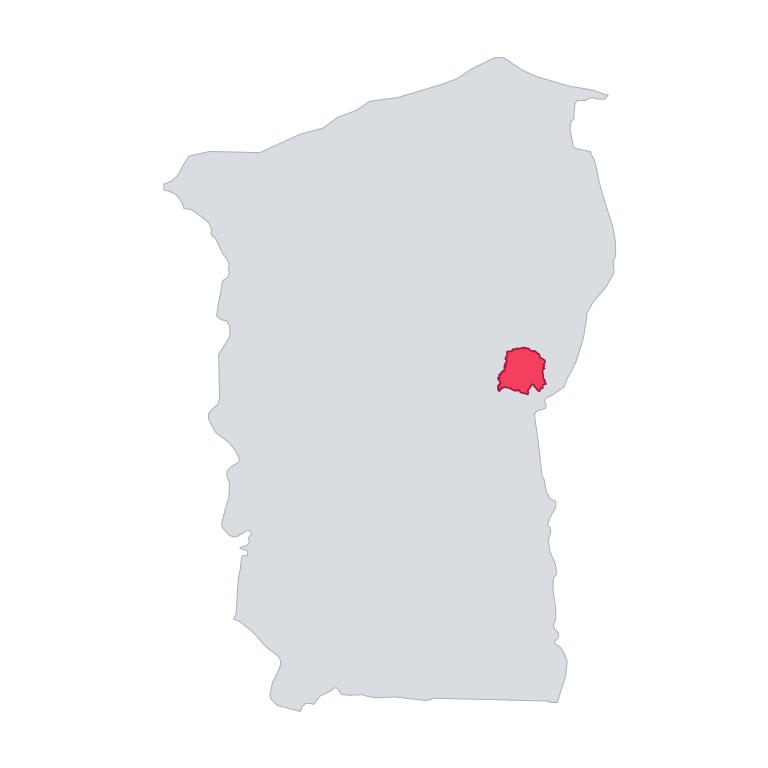 Tain, Brong Ahafo, Ghana shown in context, rotated 182°
{"feature_id": "2480657B14065489870616", "entity_name": "Tain", "entity_type": "district", "adm_level": 2, "iso_a3": "GHA", "parent_name": "Ghana", "parent_adm1": "Brong Ahafo", "projection": "orthographic", "projection_center": [-2.339, 7.791], "detail": "fine", "context": "in_parent", "style": "filled", "palette": "rose", "viewbox_px": 768, "rotation_deg": 182, "n_neighbors": 0, "source": "geoboundaries", "source_scale": "gbopen_adm2", "svg_char_len": 8179}
<svg xmlns="http://www.w3.org/2000/svg" viewBox="0 0 768 768"><g transform="rotate(182 384 384)"><path d="M479.3,59.0L485.8,65.1L487.3,68.7L485.0,82.0L480.4,91.4L477.4,100.2L477.9,104.5L480.8,108.9L490.7,115.7L495.8,120.1L501.8,126.9L508.7,133.4L520.5,142.0L525.5,143.5L525.3,145.9L523.7,149.2L522.9,181.3L522.0,189.6L521.2,193.8L520.2,205.8L519.0,207.5L516.8,207.4L514.7,207.8L514.2,210.2L515.1,212.7L522.2,214.4L520.7,216.2L515.4,217.9L513.0,221.5L514.1,225.6L511.2,228.9L512.0,231.2L513.9,232.8L516.9,232.2L525.2,226.6L528.6,225.9L532.9,227.1L541.0,235.4L541.3,239.6L538.2,253.7L535.1,264.7L534.7,279.2L538.1,287.4L537.6,291.8L534.0,295.8L525.9,301.4L526.5,305.3L530.3,312.4L537.3,320.3L550.9,330.1L558.1,342.9L558.4,348.1L554.2,353.4L549.4,357.9L547.8,364.5L550.3,407.6L539.7,426.3L539.7,431.7L540.8,437.8L543.6,441.6L549.1,442.6L553.6,446.2L552.2,459.3L549.9,472.7L549.5,479.1L548.2,482.2L544.0,484.8L542.5,489.0L543.6,494.2L542.8,498.1L545.1,503.0L550.0,509.2L558.0,524.6L561.0,525.8L562.4,529.0L561.6,532.2L564.7,539.0L573.4,545.7L582.7,551.6L590.1,552.4L591.9,557.7L596.8,564.5L600.4,567.4L606.0,569.3L610.7,570.3L611.0,576.0L602.6,580.0L597.0,586.0L592.7,595.0L586.8,605.0L566.3,610.3L558.4,610.4L516.2,610.9L476.7,630.6L453.9,637.7L439.9,648.7L421.1,656.6L407.9,666.1L380.6,670.7L335.7,685.8L321.6,691.7L307.4,702.0L284.3,714.2L275.3,714.0L257.2,702.7L243.5,697.0L210.3,688.3L185.4,684.9L173.4,681.2L170.1,680.6L172.9,676.5L179.9,676.2L187.1,677.5L192.6,674.4L200.8,674.0L202.9,670.7L203.5,662.5L203.4,655.9L206.3,653.0L207.0,645.2L203.1,627.9L200.2,626.0L185.8,623.5L184.7,620.1L182.1,616.4L179.3,607.5L176.2,594.3L171.1,577.8L161.4,550.8L159.0,541.2L157.4,531.4L157.0,519.8L159.1,515.5L158.8,509.4L157.9,503.5L164.8,489.7L178.2,472.8L181.1,466.7L183.5,462.5L183.9,456.5L186.3,436.8L192.8,413.0L196.8,404.1L199.5,399.2L202.8,391.3L203.7,387.6L216.0,378.3L221.7,375.8L223.0,372.1L221.0,368.1L221.9,365.4L224.8,364.0L229.4,362.9L232.7,359.1L227.5,329.8L223.3,300.5L223.1,298.1L220.6,294.0L218.1,282.0L214.0,274.9L208.2,272.8L208.2,266.2L214.1,255.0L215.6,248.4L212.8,246.4L212.4,241.3L214.4,233.0L213.4,227.9L212.4,222.5L206.3,209.7L204.8,200.6L208.0,195.3L207.9,183.7L204.6,165.9L204.1,154.6L206.3,149.9L205.3,145.4L200.9,141.2L200.6,137.0L204.3,133.0L203.9,129.9L199.2,127.6L195.0,122.1L191.3,113.4L192.1,99.4L199.1,73.8L200.0,71.6L207.9,71.8L207.9,72.9L232.5,72.6L260.5,72.4L294.1,72.0L324.5,71.7L325.9,70.5L330.9,69.1L361.7,71.6L380.9,70.2L389.1,71.1L395.0,72.8L408.3,71.7L415.4,72.3L420.8,78.7L423.0,78.6L425.9,75.9L431.2,72.8L436.6,70.3L440.4,65.3L442.8,61.4L446.3,62.2L451.3,61.9L454.7,58.7L455.9,53.8L479.3,59.0Z" fill="#d9dde1" stroke="#a8b0b8" stroke-width="1"/><path d="M269.0,381.1L268.6,381.0L268.4,381.3L268.3,381.1L268.1,381.3L267.8,381.7L267.9,382.0L267.7,382.7L267.4,383.0L267.4,383.3L267.0,383.2L266.9,383.0L266.6,383.5L266.5,383.8L266.5,384.0L266.4,384.1L266.4,384.3L266.0,384.2L265.9,384.4L265.4,384.2L264.9,384.2L264.6,384.5L264.8,384.5L264.5,384.7L264.2,385.0L263.9,385.1L263.7,384.9L263.4,385.1L263.2,385.4L262.7,385.2L262.3,385.0L261.8,384.8L261.6,384.8L261.4,385.0L261.1,384.9L260.9,384.9L260.3,384.5L259.7,384.3L259.2,384.4L258.7,384.3L258.2,384.1L257.4,383.9L257.0,383.7L256.6,383.1L256.1,383.0L255.8,383.0L255.5,382.8L255.3,382.8L255.2,382.7L254.9,382.7L254.6,382.5L254.2,382.2L253.7,381.9L253.5,382.2L253.2,382.1L252.7,382.0L252.5,382.3L252.2,381.9L251.4,381.7L251.2,381.8L250.7,381.9L250.6,382.2L250.3,382.2L250.2,382.6L249.7,382.8L249.8,382.8L249.7,383.0L249.4,382.7L248.7,382.6L248.6,382.4L248.4,381.9L248.2,382.0L248.1,381.8L248.1,381.6L248.1,381.4L248.0,381.1L248.0,380.9L247.8,380.8L247.6,380.7L247.4,380.6L246.4,380.0L245.9,379.9L245.5,380.0L245.0,379.9L244.1,379.6L243.9,379.4L243.4,379.5L243.0,379.7L242.7,379.6L242.6,379.4L242.2,379.3L241.0,378.9L240.7,378.9L240.6,378.6L240.1,378.7L239.9,378.6L239.9,379.0L239.8,379.7L239.3,380.8L239.7,381.5L240.2,382.2L239.9,383.1L238.9,383.8L238.7,384.2L238.5,384.9L236.7,387.4L236.2,388.6L235.8,389.0L235.3,389.0L234.8,388.9L234.4,388.6L234.3,388.4L234.4,388.0L234.3,387.9L234.2,387.6L233.6,386.6L233.2,386.5L232.9,386.5L232.8,386.4L232.7,386.0L232.7,385.9L232.4,385.8L232.4,385.7L232.0,385.3L231.8,384.9L231.4,384.8L231.3,384.5L231.0,384.3L230.9,383.9L230.6,383.7L230.4,383.3L229.6,382.9L229.5,382.6L229.5,382.4L228.8,382.2L228.1,382.4L227.8,382.8L227.6,383.4L227.5,383.8L227.6,384.1L227.3,384.9L225.2,385.2L225.1,386.5L225.7,387.5L225.1,388.7L224.5,388.9L224.3,388.9L223.5,389.2L223.1,389.2L222.2,389.6L222.2,389.8L222.3,390.5L222.5,390.7L223.2,391.1L223.4,391.5L223.5,392.0L223.4,392.2L223.8,392.4L223.7,392.6L223.4,392.8L223.8,393.1L223.7,393.3L223.6,393.8L224.4,394.2L224.8,395.2L225.1,397.1L225.0,398.0L225.2,398.6L225.3,399.1L225.6,399.5L225.5,400.2L226.0,401.7L225.9,402.1L226.0,402.4L225.9,403.0L225.8,403.3L225.8,404.0L225.2,404.2L224.6,404.9L224.3,405.0L225.2,405.8L225.5,406.2L225.3,406.4L225.0,406.7L224.8,406.9L224.6,407.0L224.3,407.9L224.4,408.1L225.2,408.5L225.3,409.1L225.2,409.3L224.2,410.2L224.0,411.0L223.9,411.2L223.9,412.4L224.2,413.5L225.6,414.0L226.3,414.8L227.2,415.3L228.3,415.4L228.9,415.7L229.1,416.0L229.0,416.3L229.0,416.9L229.2,417.4L229.6,418.0L229.7,418.3L230.0,418.7L230.1,419.0L230.1,419.5L230.8,419.7L230.9,419.3L231.1,419.3L231.3,419.5L231.7,419.6L232.2,420.5L232.3,420.9L232.8,420.9L232.9,421.2L233.4,421.3L233.8,421.8L234.6,422.5L235.0,422.6L235.4,422.4L235.9,422.2L236.0,421.9L236.3,421.8L236.6,421.8L237.0,421.7L237.1,422.0L237.4,422.0L237.6,422.4L238.0,422.5L238.6,422.5L238.9,422.7L239.1,423.1L239.5,423.5L240.2,423.8L240.2,424.1L240.6,424.5L241.2,424.6L241.4,424.8L241.8,424.9L242.1,424.6L242.6,424.6L242.8,424.4L243.0,424.5L243.3,424.5L243.7,424.7L244.3,424.5L244.4,424.9L244.9,425.6L245.1,425.6L244.9,425.5L245.1,425.3L245.1,425.0L245.4,425.0L245.8,425.2L246.1,425.1L246.7,425.2L247.0,424.9L247.4,424.8L247.5,424.5L248.2,424.5L248.5,424.7L248.8,424.6L248.9,424.4L249.1,424.4L249.4,424.3L249.8,424.2L249.9,423.9L250.0,423.9L250.6,424.3L251.3,424.2L251.6,423.9L251.7,424.0L251.9,424.1L252.0,424.2L252.8,424.2L253.3,424.0L253.5,424.0L253.7,423.5L254.1,423.3L254.3,423.4L254.6,423.2L254.9,422.9L255.7,423.4L256.5,423.3L256.6,423.0L256.5,422.5L256.7,422.4L256.9,422.4L257.1,421.7L257.0,421.4L257.4,421.2L257.6,421.4L257.8,421.2L257.9,421.3L258.1,421.0L258.7,421.1L258.8,420.9L259.1,420.9L260.1,420.9L260.6,421.1L261.9,420.9L262.2,420.5L262.4,419.8L262.0,419.2L262.1,418.8L262.1,418.4L261.6,418.0L261.5,417.7L261.9,417.4L262.2,416.8L262.7,416.3L262.7,416.0L262.3,415.1L262.3,414.8L262.6,414.6L263.4,414.4L263.6,414.3L263.7,413.3L263.1,412.6L262.4,412.5L262.3,412.4L262.2,411.1L262.0,410.6L261.9,410.4L262.0,410.3L261.9,410.1L262.1,410.0L262.5,410.2L262.8,409.9L262.8,409.6L263.0,409.3L263.3,409.2L263.6,408.8L263.5,408.5L263.7,407.8L263.4,407.6L263.5,407.3L263.9,407.5L264.3,406.9L264.1,406.8L264.2,406.5L264.1,406.3L263.4,406.4L263.2,406.2L262.9,405.9L262.7,405.9L262.9,405.6L263.0,405.6L263.6,405.2L263.8,405.3L264.2,405.4L264.2,405.5L264.4,405.2L264.5,404.8L264.4,404.2L264.2,403.9L264.1,403.5L264.2,403.1L264.3,402.9L264.2,402.6L264.5,402.2L264.3,401.9L264.2,401.9L264.3,401.8L264.3,401.5L264.5,401.5L264.6,401.3L264.8,401.2L265.1,400.9L265.4,401.0L265.4,400.9L265.8,400.9L266.0,400.6L266.2,400.4L266.4,400.4L266.6,400.3L266.6,400.1L266.8,400.1L266.9,399.9L267.3,399.6L267.3,399.2L267.2,399.0L267.4,398.4L267.2,397.9L267.4,397.6L267.6,397.6L268.4,398.0L268.7,397.8L268.8,397.5L269.0,397.4L268.9,397.3L268.6,397.4L268.3,396.7L268.4,396.8L268.5,396.7L268.9,396.6L269.2,396.7L269.3,396.7L269.1,395.9L269.0,395.7L268.8,395.5L269.0,395.1L269.0,394.8L268.7,394.3L268.7,394.1L268.9,394.0L269.4,394.1L269.7,394.4L270.2,394.4L270.4,394.0L270.3,393.6L270.2,393.5L269.5,393.2L269.2,392.8L269.2,392.4L269.6,392.6L269.9,392.5L269.8,392.3L269.3,391.9L269.1,391.8L268.7,390.7L268.3,390.3L268.0,390.2L267.9,389.8L267.5,389.4L267.7,388.9L268.2,388.6L268.3,387.7L268.2,387.4L268.2,387.2L268.7,386.9L269.1,387.4L269.3,387.4L269.5,387.0L269.2,386.5L270.0,386.1L270.2,385.4L270.3,385.2L269.7,384.4L269.8,384.1L269.7,383.8L269.7,383.6L270.0,383.3L270.2,382.9L270.0,382.5L269.5,382.2L269.0,381.3L269.0,381.1Z" fill="#f43f5e" stroke="#9f1239" stroke-width="1.5"/></g></svg>